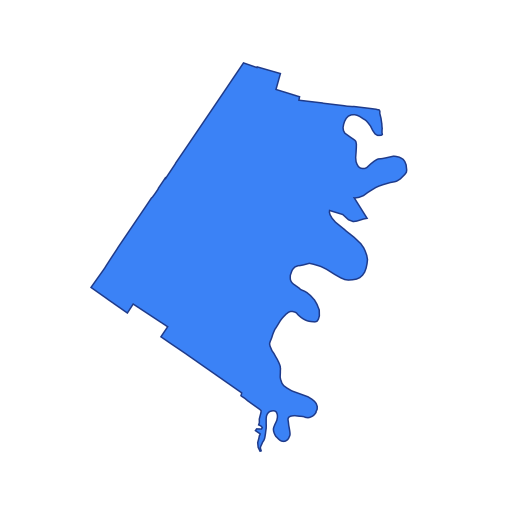 outline of Radulesti, Ialomita, Romania, rotated 76°
{"feature_id": "2599482B66503708972863", "entity_name": "Radulesti", "entity_type": "district", "adm_level": 2, "iso_a3": "ROU", "parent_name": "Romania", "parent_adm1": "Ialomita", "projection": "orthographic", "projection_center": [26.36, 44.763], "detail": "fine", "context": "isolated", "style": "filled", "palette": "blue", "viewbox_px": 512, "rotation_deg": 76, "n_neighbors": 0, "source": "geoboundaries", "source_scale": "gbopen_adm2", "svg_char_len": 5511}
<svg xmlns="http://www.w3.org/2000/svg" viewBox="0 0 512 512"><g transform="rotate(76 256 256)"><path d="M446.3,298.1L444.6,298.2L443.1,298.2L441.6,297.3L440.3,296.2L438.2,294.6L436.9,293.1L435.1,291.8L433.7,291.1L430.4,289.7L427.8,288.7L425.6,287.8L422.7,287.0L421.2,286.7L418.4,286.0L416.0,285.4L413.7,284.5L412.1,283.3L410.8,281.7L410.2,280.0L410.2,277.9L410.4,276.4L411.0,275.2L411.9,274.3L412.9,273.9L414.6,273.7L415.9,273.8L417.6,274.2L418.9,274.8L420.4,275.5L422.1,276.8L424.0,278.4L426.5,280.2L428.1,281.0L430.1,281.3L432.2,281.2L434.0,280.9L435.8,280.4L437.2,279.5L439.1,278.4L440.6,277.3L441.7,276.1L442.5,274.3L442.7,273.0L442.7,272.1L442.3,270.9L441.9,269.8L440.9,268.6L438.9,267.0L437.8,266.3L436.2,265.9L433.9,265.6L431.4,265.4L428.2,265.2L424.4,264.7L422.9,264.6L421.9,264.4L420.9,263.8L420.2,262.9L419.8,261.3L419.9,259.4L420.3,256.9L420.8,255.7L421.9,252.8L422.6,250.6L423.4,248.6L424.6,246.9L425.5,244.7L425.6,243.0L425.3,241.1L425.0,239.7L424.3,238.2L423.4,236.9L422.3,235.6L422.0,235.6L421.8,235.6L420.3,234.4L419.4,233.7L416.8,233.0L413.7,233.3L411.4,234.3L410.5,234.9L408.5,236.4L405.2,239.6L402.0,244.3L396.1,253.1L394.9,254.6L391.4,258.1L388.5,260.5L385.8,261.6L385.0,261.7L383.3,261.8L382.8,261.9L382.2,262.0L379.7,261.9L379.2,261.8L378.1,261.5L375.1,260.6L373.5,260.2L371.2,259.5L370.0,259.4L369.2,259.2L367.3,259.3L365.2,259.6L361.4,260.4L359.4,261.0L358.0,261.4L354.9,262.2L351.8,263.4L346.8,264.2L344.6,264.1L343.9,263.8L343.6,263.7L342.9,263.2L342.2,262.8L340.5,261.5L338.9,260.4L336.1,258.7L334.4,257.5L332.6,256.1L332.0,255.7L330.2,253.7L324.6,248.0L322.9,245.9L321.8,244.3L320.8,242.7L320.2,241.7L320.0,241.4L319.8,241.2L319.1,239.5L318.6,238.5L318.4,237.8L318.3,237.0L318.2,236.3L318.2,236.1L318.2,235.9L318.6,234.1L319.8,231.9L321.0,230.5L322.9,229.6L324.0,228.9L325.0,228.2L326.4,227.2L327.8,226.0L329.1,224.7L330.3,223.3L331.3,221.9L331.9,220.8L332.3,220.0L332.9,218.5L333.6,216.5L334.1,215.0L334.2,213.6L333.9,212.3L332.3,210.7L329.4,209.0L323.7,207.7L320.8,208.1L317.7,208.5L312.8,209.9L311.4,210.7L308.3,212.3L306.9,213.2L306.3,213.6L305.6,214.2L304.0,215.3L303.2,216.1L302.3,217.0L301.8,217.6L301.3,218.2L301.1,218.5L300.3,219.6L299.4,220.7L298.8,221.2L298.1,221.6L297.2,222.2L296.6,222.8L295.6,223.6L294.6,224.5L293.5,225.4L293.1,225.8L292.3,226.5L291.5,227.0L291.1,227.3L290.0,227.8L289.0,228.1L288.6,228.2L287.7,228.3L287.3,228.3L286.9,228.3L285.2,228.0L284.3,227.7L283.6,227.6L282.4,227.0L281.4,226.3L280.0,225.4L278.6,224.4L277.6,223.3L276.6,221.8L276.1,220.9L276.0,220.6L275.8,219.1L275.6,217.4L275.9,216.1L276.0,214.5L276.0,214.4L276.1,212.3L276.0,206.0L276.7,204.6L277.9,202.2L280.5,197.8L281.8,195.7L283.6,193.5L286.0,190.7L292.8,184.2L295.0,181.9L298.0,178.7L299.0,177.3L300.3,175.6L301.7,172.2L302.4,168.1L302.7,164.4L302.7,164.0L302.1,160.6L300.6,157.7L300.4,157.3L297.9,154.5L294.4,152.1L290.5,150.2L286.5,148.7L282.2,148.4L277.3,148.9L273.9,149.6L272.2,150.3L271.4,150.6L269.5,151.3L268.2,152.1L267.3,152.7L261.6,156.3L253.6,162.5L252.6,163.1L248.7,166.0L243.8,169.7L242.3,170.8L237.7,173.1L233.8,174.2L231.3,174.2L229.6,173.6L231.7,170.2L233.6,167.0L235.1,164.5L236.7,161.8L243.2,157.5L245.1,154.8L246.1,153.4L246.5,149.8L246.1,142.6L246.3,139.1L223.4,146.6L223.6,146.1L224.0,142.0L223.4,137.1L222.3,134.4L221.4,132.2L220.6,129.8L218.5,123.2L217.9,119.8L217.5,115.4L217.2,108.1L217.5,103.1L217.4,101.5L217.2,100.7L216.1,97.3L212.8,91.8L211.2,89.9L209.1,89.0L203.9,88.3L200.3,88.8L197.9,89.8L196.3,91.3L194.7,93.2L193.2,96.2L192.4,98.4L192.2,106.4L192.0,110.2L191.4,114.0L191.7,115.7L192.6,118.4L194.3,122.2L197.0,127.1L197.4,129.1L196.9,131.4L196.0,133.4L194.1,135.0L191.4,135.8L188.7,136.1L184.6,135.5L180.1,134.0L175.3,132.5L172.0,131.6L169.5,131.4L168.6,131.6L167.8,132.0L167.0,132.6L163.6,135.6L158.3,140.1L155.5,140.8L152.5,140.5L149.4,139.1L146.7,137.4L144.2,135.1L142.6,132.5L142.1,129.3L142.7,126.2L143.9,123.9L145.7,121.6L149.1,118.5L150.1,117.4L151.5,116.3L153.6,115.2L157.5,113.5L162.4,112.4L166.2,111.0L167.3,110.0L168.3,109.0L168.7,107.6L169.0,106.2L169.1,104.9L168.6,104.0L166.7,103.9L166.1,103.7L165.6,103.6L163.8,103.1L163.7,103.1L163.2,102.8L161.9,102.6L160.5,102.4L158.9,102.1L157.9,101.9L157.5,101.9L153.5,101.5L152.6,101.4L152.2,101.4L147.5,101.4L146.6,101.1L145.4,100.8L143.9,101.3L143.5,102.5L142.6,104.1L142.1,105.4L141.5,106.9L140.9,108.4L134.6,124.9L134.5,125.4L134.4,126.1L133.5,128.8L132.7,131.4L131.2,134.9L128.5,142.1L127.8,143.9L123.9,154.2L123.6,154.5L118.4,168.3L115.2,176.7L112.0,175.2L110.8,177.3L99.8,195.4L99.2,196.3L84.9,188.2L72.8,209.1L73.4,209.5L71.5,212.4L67.0,219.3L66.1,220.7L65.6,221.4L71.2,227.6L77.1,234.2L86.4,244.5L103.0,263.0L133.4,296.9L146.5,311.6L147.0,311.9L158.3,324.3L158.9,324.9L158.3,325.1L161.3,328.4L166.6,334.3L167.5,334.9L171.6,339.5L173.1,341.4L173.7,342.0L174.5,343.5L180.4,350.0L196.0,367.4L213.2,386.6L214.4,387.9L215.7,389.2L222.4,396.5L230.1,404.7L230.4,404.9L232.7,407.5L245.7,422.7L246.6,423.7L248.9,421.7L255.5,416.0L261.9,410.5L263.0,409.6L280.2,394.6L272.9,386.8L303.3,358.8L311.4,367.8L320.0,360.2L332.7,348.8L385.3,303.0L386.6,303.6L387.9,304.4L388.6,303.9L391.4,301.3L394.6,299.0L396.3,297.5L397.8,296.3L405.7,289.5L406.7,288.8L407.4,288.5L408.5,288.8L410.3,289.7L412.5,290.9L415.1,292.3L415.8,292.4L418.6,293.1L420.5,294.3L421.9,292.5L423.9,291.4L425.2,292.5L424.6,294.8L423.9,297.2L425.3,298.8L429.7,294.9L430.5,295.5L431.2,296.2L433.3,297.2L437.5,299.5L442.2,300.2L442.6,300.1L446.4,299.3L446.4,299.0L446.3,298.1Z" fill="#3b82f6" stroke="#1e3a8a" stroke-width="1.5"/></g></svg>